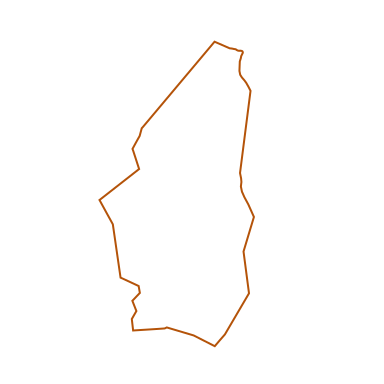 the district of San Buenaventura, Francisco Morazán, Honduras, rotated 18°
{"feature_id": "27666195B50330868714175", "entity_name": "San Buenaventura", "entity_type": "district", "adm_level": 2, "iso_a3": "HND", "parent_name": "Honduras", "parent_adm1": "Francisco Morazán", "projection": "albers", "projection_center": [-87.184, 13.903], "detail": "fine", "context": "isolated", "style": "outline", "palette": "amber", "viewbox_px": 384, "rotation_deg": 18, "n_neighbors": 0, "source": "geoboundaries", "source_scale": "gbopen_adm2", "svg_char_len": 1392}
<svg xmlns="http://www.w3.org/2000/svg" viewBox="0 0 384 384"><g transform="rotate(18 192 192)"><path d="M167.0,42.1L125.1,145.6L124.5,146.9L124.9,154.9L124.1,158.8L123.3,162.9L122.1,169.4L123.5,171.2L134.6,186.5L106.5,228.2L118.4,239.4L124.6,245.2L126.7,247.2L150.5,295.5L170.3,297.9L173.6,304.1L168.9,313.9L175.9,322.4L174.0,331.4L178.8,341.9L200.5,333.3L208.2,330.2L209.9,328.6L237.9,327.9L261.3,331.6L264.1,324.8L267.3,317.3L277.4,271.3L277.5,270.7L259.4,232.7L258.6,196.6L255.0,192.6L249.4,186.4L243.5,180.8L240.0,176.9L239.5,176.4L236.8,171.7L235.9,167.2L234.5,163.9L231.8,159.1L216.4,77.7L213.3,74.6L209.8,71.4L207.3,69.6L204.0,67.6L201.6,65.6L199.7,62.2L198.2,56.9L197.1,53.0L197.1,49.9L196.8,47.5L197.3,44.0L197.3,43.9L197.2,43.8L197.2,43.7L197.1,43.4L197.0,43.2L196.9,43.1L196.8,42.9L196.7,42.8L196.6,42.7L196.4,42.6L196.2,42.5L195.9,42.5L195.6,42.5L195.4,42.5L195.2,42.5L194.9,42.6L194.7,42.6L194.4,42.7L194.2,42.7L194.1,42.8L193.9,42.9L193.7,42.9L193.6,43.0L193.4,43.0L193.2,43.1L192.9,43.2L192.7,43.2L192.4,43.3L192.2,43.3L191.9,43.3L191.6,43.3L191.4,43.2L191.2,43.2L190.9,43.2L190.7,43.2L190.4,43.1L190.2,43.0L190.0,42.9L189.9,42.9L189.7,42.8L189.4,42.8L189.0,42.8L188.5,42.9L187.9,43.0L187.3,43.1L187.0,43.1L186.7,43.1L186.2,43.2L185.7,43.2L185.5,43.3L185.3,43.3L185.1,43.3L184.9,43.4L184.3,43.5L183.5,43.7L167.0,42.1Z" fill="none" stroke="#b45309" stroke-width="2"/></g></svg>